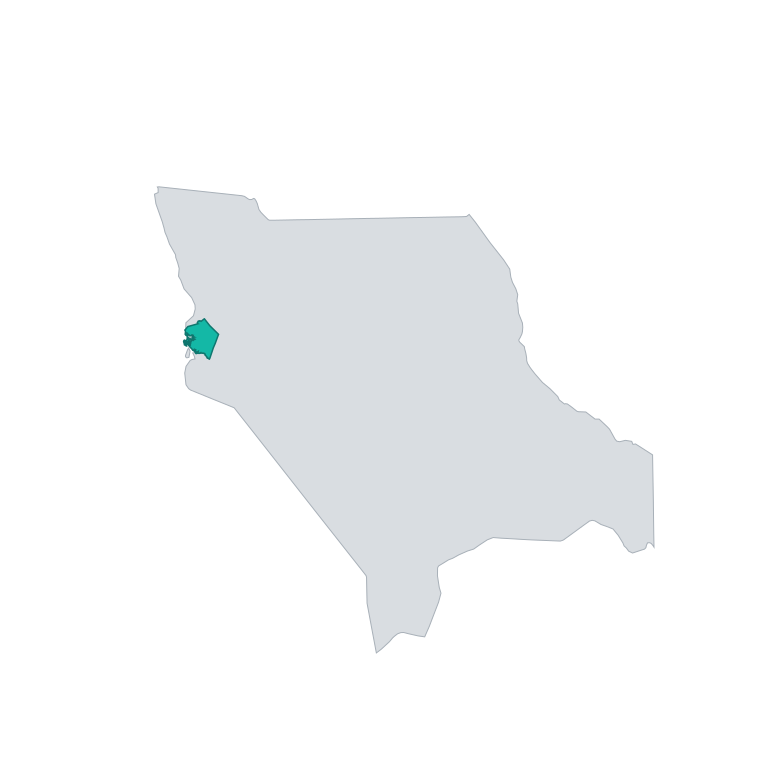 Lamu West, Coast, Kenya shown in context, rotated 142°
{"feature_id": "3690345B28138832354018", "entity_name": "Lamu West", "entity_type": "district", "adm_level": 2, "iso_a3": "KEN", "parent_name": "Kenya", "parent_adm1": "Coast", "projection": "equal_earth", "projection_center": [40.664, -2.131], "detail": "fine", "context": "in_parent", "style": "filled", "palette": "teal", "viewbox_px": 768, "rotation_deg": 142, "n_neighbors": 0, "source": "geoboundaries", "source_scale": "gbopen_adm2", "svg_char_len": 8103}
<svg xmlns="http://www.w3.org/2000/svg" viewBox="0 0 768 768"><g transform="rotate(142 384 384)"><path d="M212.5,465.2L212.4,455.3L213.4,430.2L213.3,408.1L214.2,397.1L218.3,390.1L220.2,385.0L221.5,377.9L223.6,372.1L228.4,367.4L229.3,364.8L234.4,356.9L237.4,346.8L239.7,343.3L242.6,340.1L244.6,338.5L248.0,336.8L250.6,335.8L251.1,335.0L251.3,333.4L250.4,327.1L251.5,325.1L253.3,320.9L255.4,317.0L257.2,314.5L258.2,311.9L258.7,307.5L258.8,304.4L258.8,299.3L258.2,287.7L256.1,278.0L254.8,267.1L255.7,263.5L254.1,257.1L253.2,256.8L251.8,255.4L250.1,249.4L248.8,243.9L247.9,242.5L242.2,237.7L239.3,226.4L236.1,223.9L234.4,212.7L234.1,209.5L235.9,198.3L235.8,195.7L233.8,193.4L228.5,191.0L224.1,186.3L224.6,184.7L225.0,183.1L222.7,181.9L216.0,162.8L224.7,151.3L233.5,139.6L244.6,124.9L254.9,111.4L263.8,99.7L271.7,89.2L271.5,91.2L271.6,93.9L272.5,95.5L274.1,96.6L276.4,95.4L278.4,93.8L280.3,93.5L292.2,97.8L294.1,101.6L294.0,105.7L294.5,108.6L293.6,111.6L292.6,120.6L292.8,128.8L296.4,134.9L299.5,139.7L302.1,146.4L303.9,148.4L306.5,149.5L314.6,149.8L326.7,150.2L338.3,150.6L339.4,150.8L341.8,151.7L352.5,160.8L362.3,169.1L370.6,176.3L378.6,183.4L386.4,190.2L392.5,195.8L398.5,197.6L408.2,198.4L414.9,198.7L421.1,201.0L430.3,203.3L437.2,204.4L441.4,205.7L453.0,207.0L454.9,206.2L460.0,199.9L465.7,189.7L467.9,184.1L475.3,178.5L488.3,170.7L497.4,165.2L507.6,159.7L512.2,164.5L518.5,172.2L521.4,176.0L523.7,177.7L527.1,178.8L531.3,178.8L533.6,178.6L538.3,177.6L549.3,176.7L555.6,176.8L550.3,187.0L544.0,199.2L532.3,221.7L523.4,233.6L516.7,242.5L516.1,244.1L516.1,254.1L516.2,278.5L516.4,327.3L516.5,376.1L516.6,424.9L516.7,449.3L516.7,457.5L522.6,467.8L528.4,477.8L536.0,491.1L540.1,498.2L540.8,500.6L540.5,505.3L534.3,515.3L529.1,519.8L522.2,521.9L520.2,521.5L517.5,520.1L516.4,522.5L515.6,526.2L514.1,525.4L512.9,524.3L513.6,530.9L514.3,534.2L513.3,538.6L509.9,542.4L509.6,545.7L502.4,554.2L492.1,555.1L486.6,559.3L484.2,562.8L482.4,570.4L483.0,582.0L480.2,590.9L479.6,595.4L474.3,601.1L472.0,606.5L470.2,611.9L468.7,614.2L466.9,626.3L464.4,633.7L463.8,636.1L463.2,638.3L461.2,642.6L460.0,645.6L459.1,647.6L452.8,666.4L448.0,674.9L444.1,673.9L441.6,677.2L441.3,678.8L439.9,677.9L436.7,674.8L430.1,668.4L423.5,662.0L416.9,655.6L410.3,649.2L403.7,642.8L397.1,636.4L390.5,630.0L383.9,623.6L380.1,619.9L378.4,617.7L377.0,613.2L376.4,612.1L374.6,610.8L372.5,610.5L371.9,609.6L372.0,607.5L372.7,604.4L375.1,598.5L375.3,595.1L374.9,591.2L374.1,584.9L373.4,583.5L369.1,580.2L359.9,573.3L350.7,566.4L341.6,559.5L332.4,552.6L323.2,545.7L314.1,538.9L304.9,532.0L295.7,525.1L286.6,518.2L277.4,511.3L268.2,504.4L259.0,497.5L249.9,490.6L240.7,483.7L231.5,476.8L222.4,469.9L218.9,467.3L215.8,465.2L212.5,465.2ZM517.4,532.1L515.8,532.6L516.6,529.3L521.3,525.1L523.3,526.0L523.6,527.0L523.5,527.9L522.7,528.8L517.4,532.1Z" fill="#d9dde1" stroke="#a8b0b8" stroke-width="1"/><path d="M506.3,549.3L506.5,549.2L506.8,549.2L507.3,549.0L507.7,549.1L507.8,548.9L507.8,548.3L508.2,547.5L509.6,546.0L510.0,545.7L510.1,544.6L510.0,544.1L509.9,543.8L509.8,543.6L509.3,543.5L509.0,543.2L508.9,543.0L508.8,542.9L508.7,542.9L508.6,543.0L508.6,543.7L508.7,543.8L508.6,544.4L508.2,545.2L507.9,545.1L507.8,545.3L507.7,545.1L507.8,545.0L508.1,544.7L507.8,544.7L507.7,544.5L507.8,544.4L508.0,544.4L508.1,544.1L508.1,543.9L507.9,543.7L507.8,543.3L507.6,543.3L507.5,543.1L507.6,542.9L507.3,542.1L507.3,541.4L506.4,541.0L506.0,540.7L505.9,540.8L506.0,541.0L505.8,541.0L505.5,541.0L505.3,540.9L505.0,540.9L504.9,540.7L505.0,540.3L505.0,540.1L504.5,539.9L504.4,539.8L504.6,539.7L504.8,539.4L505.0,539.3L505.3,539.5L505.1,538.9L505.3,538.7L505.5,539.0L505.9,538.9L506.1,539.0L506.3,538.8L506.4,538.5L506.3,537.9L506.0,538.4L505.8,538.4L505.7,538.2L505.4,538.1L505.1,538.2L504.9,537.9L505.1,538.0L505.5,538.0L505.7,537.8L505.8,537.5L505.9,537.0L505.9,536.8L505.8,536.5L505.5,535.8L505.4,535.6L505.6,535.6L505.8,536.1L506.0,536.0L506.1,536.3L506.1,536.8L506.3,536.8L506.6,537.1L506.7,536.5L506.8,536.4L506.9,536.9L506.9,537.4L507.0,537.3L507.0,537.5L507.4,537.7L507.5,537.5L507.5,537.3L507.7,537.2L507.8,537.0L507.9,537.5L508.0,537.5L508.0,537.3L508.2,537.6L508.2,538.0L508.4,538.1L509.0,537.2L508.9,536.9L508.7,536.9L508.8,536.6L509.1,536.5L509.8,536.3L510.1,536.3L510.3,536.2L510.8,536.4L510.7,536.6L510.5,536.8L510.4,537.0L510.5,537.0L510.8,536.7L511.3,536.5L511.6,536.7L512.0,536.5L511.7,536.4L511.9,536.2L512.0,536.0L512.4,535.8L512.1,535.7L511.6,535.3L512.1,535.2L512.5,535.3L512.4,534.8L512.2,534.8L512.0,534.7L512.5,534.4L512.6,534.0L512.6,533.9L512.8,533.8L512.8,534.4L512.7,534.6L512.8,534.7L513.0,534.6L513.3,534.6L513.5,535.0L513.4,535.1L513.5,535.3L514.2,535.8L514.3,535.8L514.5,535.8L514.2,535.3L514.1,534.0L514.0,533.6L514.0,533.2L514.1,532.8L514.1,532.2L514.1,531.6L513.9,531.3L513.9,530.8L513.8,530.5L513.9,529.3L513.9,528.2L513.5,527.5L513.3,527.7L513.3,527.2L513.2,527.1L512.9,527.1L512.6,527.4L512.4,527.3L512.5,527.2L512.7,526.8L512.6,526.7L512.2,527.2L512.0,527.4L512.0,527.2L511.5,527.2L511.4,527.1L511.9,526.9L512.2,526.7L512.5,526.2L513.0,526.6L513.1,526.4L512.9,526.2L512.9,525.9L512.7,525.9L512.5,525.7L512.2,525.7L512.3,525.5L512.5,525.4L512.6,525.0L513.0,525.4L513.3,525.7L513.3,525.2L513.4,524.6L513.5,523.9L513.2,523.6L512.9,523.9L512.6,524.0L512.4,524.0L512.3,523.8L512.1,523.7L511.9,523.8L511.8,524.2L511.6,524.3L511.5,524.1L511.1,523.9L510.8,524.1L510.7,524.0L510.3,524.0L510.5,523.8L510.9,523.8L511.0,523.6L511.6,523.6L511.9,523.3L512.0,523.4L512.2,523.1L511.8,522.9L511.4,522.5L511.2,522.4L511.0,522.1L510.6,521.8L510.3,521.7L510.2,521.8L509.6,521.5L509.3,521.5L509.5,521.2L509.1,521.0L508.8,520.9L508.6,520.6L508.5,520.4L508.4,520.4L508.4,520.2L508.2,520.1L507.4,519.6L507.3,519.2L507.1,519.2L506.8,518.8L506.7,518.7L506.6,518.4L506.8,518.1L506.6,517.8L506.6,517.5L507.0,517.2L507.2,516.8L506.9,516.2L506.9,515.8L507.0,515.3L507.1,515.0L507.0,514.8L507.1,514.5L506.9,514.2L507.0,514.0L506.9,513.8L506.9,513.6L507.1,513.5L507.3,513.4L507.3,513.2L507.2,513.0L506.9,512.9L506.7,512.3L506.6,512.2L506.5,511.4L506.3,511.1L505.4,511.5L496.2,517.6L492.0,519.9L484.0,524.9L483.8,525.0L485.4,537.3L485.4,545.9L485.6,546.0L489.6,546.0L489.7,546.4L490.0,547.0L490.5,547.1L490.6,547.4L490.8,547.4L491.1,547.4L491.2,547.7L491.4,547.7L491.8,547.9L492.0,547.8L492.3,547.6L492.9,547.4L493.0,547.4L493.0,547.2L493.3,547.1L493.4,546.9L493.7,546.7L493.8,546.5L493.8,546.3L493.7,546.1L503.2,550.0L504.7,549.7L506.3,549.3ZM513.1,537.8L513.0,537.3L512.8,537.2L512.8,537.4L512.5,537.4L512.4,537.8L512.3,537.7L512.2,537.8L512.1,537.7L512.0,537.9L511.8,537.9L511.6,537.9L511.5,538.0L511.2,537.9L511.1,538.0L510.9,538.0L510.7,538.3L510.6,538.6L510.9,538.9L510.9,539.1L510.4,539.1L510.2,539.0L509.9,539.4L509.8,539.8L509.7,539.9L509.7,540.6L509.7,541.0L509.7,541.8L509.7,542.2L509.8,542.3L510.0,542.2L511.0,541.0L511.5,540.6L511.9,540.3L512.7,540.0L513.2,540.0L513.8,540.2L514.0,539.9L513.8,539.4L513.5,538.7L513.4,538.2L513.1,537.8ZM517.0,537.8L517.0,537.4L516.6,536.5L516.5,536.0L516.3,535.7L516.2,536.0L516.4,536.2L516.5,536.5L516.4,536.7L516.3,536.9L516.5,537.4L516.2,537.5L516.1,537.8L515.8,537.9L515.8,537.7L515.7,537.5L516.0,537.2L516.0,536.8L515.8,536.7L515.7,536.5L515.4,536.4L515.4,536.6L515.4,536.8L515.1,537.2L514.9,537.7L515.0,537.9L515.0,538.1L514.7,537.8L514.8,537.0L515.0,536.8L514.6,536.7L514.4,536.5L513.9,535.9L513.5,535.9L513.4,536.1L513.5,536.7L513.8,537.7L514.0,538.0L514.6,539.2L514.8,539.4L515.0,539.3L515.3,539.2L515.6,539.5L515.8,539.5L515.9,539.3L516.1,539.2L516.0,539.6L515.8,540.0L515.2,540.0L515.0,539.8L514.8,539.8L514.6,540.0L514.5,539.8L514.3,540.1L514.4,540.3L514.0,540.6L513.9,540.8L514.0,541.2L514.4,541.5L514.6,541.5L515.3,541.2L515.8,540.8L515.9,540.6L515.9,540.2L516.3,539.7L516.4,539.3L516.4,539.1L516.7,538.5L517.1,537.9L517.0,537.8ZM505.6,540.6L505.6,540.3L505.5,540.2L505.3,540.2L505.2,540.1L505.3,540.5L505.6,540.6ZM508.8,538.4L509.0,538.1L509.0,537.9L508.8,538.1L508.8,538.4ZM506.9,537.9L506.7,537.8L506.6,538.0L506.8,538.2L506.9,537.9ZM509.7,536.7L509.8,536.6L509.7,536.6L509.7,536.7ZM508.8,538.4L508.7,538.5L508.8,538.6L508.8,538.4Z" fill="#14b8a6" stroke="#0f766e" stroke-width="1.5"/></g></svg>